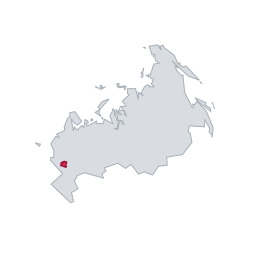 Lipetsk highlighted on a map of Russia, rotated 20°
{"feature_id": "RUS-2363", "entity_name": "Lipetsk", "entity_type": "Region", "adm_level": 1, "iso_a3": "RUS", "parent_name": "Russia", "parent_adm1": "", "projection": "orthographic", "projection_center": [38.959, 52.736], "detail": "fine", "context": "in_parent", "style": "filled", "palette": "rose", "viewbox_px": 256, "rotation_deg": 20, "n_neighbors": 0, "source": "natural_earth", "source_scale": "10m", "svg_char_len": 4908}
<svg xmlns="http://www.w3.org/2000/svg" viewBox="0 0 256 256"><g transform="rotate(20 128 128)"><path d="M207.9,98.6L210.3,108.1L208.9,105.7L205.7,104.3L204.8,100.3L197.5,94.1L199.3,100.8L184.9,105.0L186.0,111.2L188.1,111.5L193.0,119.6L188.4,134.2L174.3,142.3L177.6,149.5L169.9,153.5L167.0,163.8L158.1,163.7L153.6,167.8L143.3,161.1L139.7,166.7L130.4,164.7L119.4,173.5L121.9,176.0L119.3,180.3L122.0,183.5L102.5,184.9L96.6,190.1L95.7,196.2L101.8,202.0L97.0,208.0L102.0,215.8L99.8,217.9L74.9,207.1L82.2,193.4L66.3,185.0L65.6,182.0L68.4,181.1L65.8,174.1L60.9,169.5L63.0,160.6L66.3,160.5L63.0,158.3L69.5,151.7L67.7,149.0L67.9,139.4L69.4,137.3L68.2,133.4L72.5,130.8L82.3,137.8L79.5,142.7L74.4,141.1L72.7,139.4L71.4,139.0L77.8,149.5L77.2,145.4L81.0,147.2L83.9,141.3L86.4,142.7L84.8,134.8L87.8,135.1L88.9,136.9L87.0,138.4L89.1,140.1L96.2,132.3L96.2,134.5L103.1,132.5L102.8,127.9L112.2,129.1L106.7,122.6L108.0,115.9L109.3,116.0L110.6,119.5L116.9,126.3L117.8,132.1L115.0,133.1L119.0,132.9L117.7,124.6L118.7,123.5L121.4,126.2L123.4,125.6L119.9,123.1L115.9,124.4L114.1,120.6L111.6,119.0L110.6,114.8L114.0,118.2L116.7,117.8L117.2,117.4L113.1,116.5L114.1,114.2L118.7,113.4L120.3,116.5L122.0,117.1L119.1,113.3L113.3,110.4L118.1,108.4L117.0,106.5L114.2,105.6L113.7,103.9L117.9,96.5L115.8,95.8L114.1,91.3L121.6,88.4L128.0,97.9L126.2,92.8L127.2,91.1L130.3,92.4L130.9,92.4L131.0,92.2L128.4,90.8L129.4,83.5L131.5,80.7L134.5,81.1L133.5,82.1L138.4,80.5L134.9,78.7L135.2,73.2L133.0,73.7L131.0,72.4L130.3,59.2L135.1,56.3L130.8,55.3L127.9,49.6L125.1,50.7L119.9,43.9L127.0,39.9L129.3,40.4L130.0,42.0L133.0,43.3L130.0,40.4L132.7,38.1L134.2,40.0L146.6,43.9L152.8,50.3L158.6,51.7L161.4,50.0L178.8,58.7L166.8,58.6L145.9,49.6L154.4,54.1L151.3,54.2L154.2,57.4L160.6,60.4L161.5,59.4L169.0,75.1L181.5,86.9L183.6,79.3L195.5,85.1L207.9,98.6ZM100.3,107.2L95.4,119.4L92.6,118.7L94.7,111.9L100.3,107.2ZM180.3,76.7L192.8,77.6L192.4,79.7L198.5,81.3L200.2,84.1L185.9,79.6L180.3,76.7ZM91.9,124.7L95.3,119.7L95.4,123.5L98.7,126.4L91.9,124.7ZM124.5,74.7L121.4,72.0L122.5,69.6L124.5,74.7ZM105.2,91.4L109.6,91.3L106.1,93.1L105.2,91.4ZM102.4,90.3L104.5,89.4L103.5,92.1L102.4,90.3ZM109.0,90.0L112.1,89.5L111.9,93.0L109.0,90.0ZM123.2,69.1L122.1,67.8L122.1,66.3L123.2,69.1ZM45.7,173.7L51.2,173.2L51.1,175.4L45.7,173.7ZM85.1,100.6L86.2,99.9L83.9,101.3L85.1,100.6ZM128.1,72.2L129.5,70.5L129.7,73.1L128.1,72.2ZM92.3,132.4L91.0,134.0L90.2,133.2L90.7,131.7L92.3,132.4ZM87.3,99.3L88.3,98.6L89.0,99.0L87.3,99.3ZM91.1,98.2L91.0,99.5L90.0,99.3L89.9,98.6L91.1,98.2ZM92.2,98.1L91.2,98.2L92.4,97.5L92.2,98.1ZM100.3,126.8L101.7,128.7L99.9,127.5L100.3,126.8ZM105.4,92.1L105.4,93.1L104.3,92.9L105.4,92.1ZM87.5,97.9L88.8,97.2L88.6,98.1L87.5,97.9ZM116.3,46.3L117.1,47.1L115.3,46.9L116.3,46.3ZM83.8,100.1L84.8,100.3L82.9,100.5L83.8,100.1ZM107.7,115.2L106.5,116.1L107.6,115.1L107.7,115.2ZM125.2,91.0L126.6,91.1L125.6,91.6L125.2,91.0ZM126.4,51.2L127.6,51.7L127.6,52.2L126.4,51.2ZM89.8,100.1L89.0,99.9L90.2,99.9L89.8,100.1ZM88.9,98.1L89.6,98.7L88.6,98.5L88.9,98.1ZM197.8,74.9L198.9,75.7L200.6,77.4L197.8,74.9ZM88.7,100.4L89.4,101.0L88.7,101.0L88.7,100.4ZM113.8,114.0L113.3,115.1L113.0,115.1L113.8,114.0ZM154.5,49.1L155.0,50.0L153.8,49.2L154.5,49.1ZM127.0,72.3L128.1,72.6L127.4,72.8L127.0,72.3ZM180.1,83.3L181.4,83.5L181.2,84.1L180.1,83.3ZM179.8,59.6L182.0,60.9L181.7,61.1L179.8,59.6ZM87.6,100.8L87.1,101.2L86.8,101.0L87.6,100.8ZM113.2,112.2L113.7,113.1L113.3,113.0L113.2,112.2ZM123.7,75.1L124.4,75.6L123.0,75.4L123.7,75.1ZM202.6,80.2L200.7,77.9L202.9,80.4L202.6,80.2Z" fill="#d9dde1" stroke="#a8b0b8" stroke-width="1"/><path d="M82.1,181.8L82.0,182.0L82.1,182.3L82.1,182.5L82.0,182.8L82.0,183.0L82.0,183.3L82.0,183.5L81.9,183.4L81.9,183.5L81.8,183.8L81.8,184.0L82.0,184.1L82.2,184.3L82.3,184.4L82.4,184.5L82.5,184.6L82.8,184.8L83.0,185.0L83.0,184.9L83.2,185.0L83.2,185.3L83.1,185.5L83.0,185.8L82.9,185.8L82.9,186.0L82.6,186.1L82.2,186.0L81.9,186.1L81.7,186.0L81.4,186.2L81.1,186.1L80.9,186.0L81.0,185.9L80.9,185.8L80.9,185.7L80.7,185.7L80.3,185.7L80.3,185.8L80.2,185.8L80.1,186.0L79.9,185.9L79.8,185.7L79.7,185.7L79.5,185.8L79.4,185.7L79.3,185.8L79.2,185.8L78.8,186.0L78.7,186.1L78.4,186.2L78.1,186.3L77.9,186.3L77.8,186.2L77.7,186.2L77.6,185.9L77.6,185.7L77.7,185.4L77.8,185.3L77.9,185.2L78.0,185.2L78.1,184.9L78.1,184.7L77.9,184.7L77.9,184.4L77.7,184.4L77.8,184.2L77.7,184.2L77.8,184.0L77.8,183.9L77.7,183.9L77.7,183.7L77.8,183.6L77.9,183.4L77.7,183.4L77.8,183.3L77.8,183.2L77.7,183.1L77.8,183.0L77.8,182.8L77.9,182.7L78.0,182.6L78.3,182.7L78.5,182.8L78.7,183.0L78.8,183.0L78.8,182.9L79.0,182.7L79.1,182.8L79.2,182.7L79.3,182.5L79.2,182.4L79.2,182.2L79.0,181.9L79.3,181.8L79.5,181.7L79.5,181.4L79.4,181.3L79.5,181.2L79.8,181.1L80.1,181.2L80.1,181.4L80.2,181.5L80.3,181.6L80.5,181.6L80.8,181.6L81.0,181.4L80.9,181.4L80.9,181.2L81.0,181.2L81.3,181.0L81.5,181.2L81.7,181.3L81.7,181.5L81.9,181.7L82.1,181.6L82.1,181.8Z" fill="#f43f5e" stroke="#9f1239" stroke-width="1.5"/></g></svg>